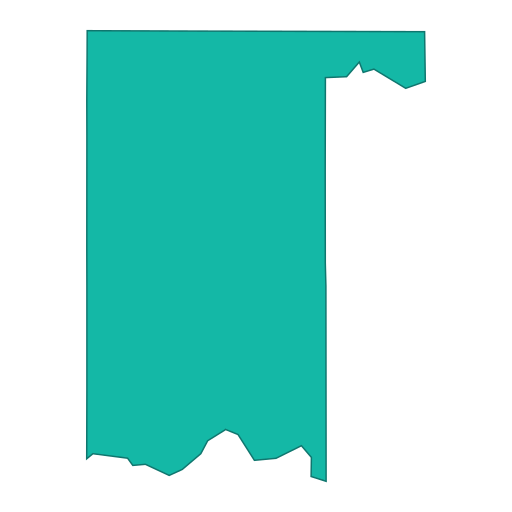 outline of Pottawatomie, Oklahoma, United States of America
{"feature_id": "52423323B34642745342205", "entity_name": "Pottawatomie", "entity_type": "district", "adm_level": 2, "iso_a3": "USA", "parent_name": "United States of America", "parent_adm1": "Oklahoma", "projection": "mercator", "projection_center": [-96.916, 35.182], "detail": "fine", "context": "isolated", "style": "filled", "palette": "teal", "viewbox_px": 512, "rotation_deg": 0, "n_neighbors": 0, "source": "geoboundaries", "source_scale": "gbopen_adm2", "svg_char_len": 578}
<svg xmlns="http://www.w3.org/2000/svg" viewBox="0 0 512 512"><path d="M424.6,31.7L202.4,31.1L87.2,30.7L87.1,54.0L86.8,100.5L86.9,135.5L86.8,248.3L86.9,285.7L86.9,320.5L86.9,389.8L86.7,458.8L92.9,453.7L127.6,458.2L132.8,465.4L145.4,464.3L169.2,475.4L182.3,469.4L200.8,453.7L207.7,440.7L224.9,430.0L225.4,429.4L238.0,434.5L254.4,460.3L276.0,458.3L301.4,445.7L311.4,457.4L311.1,476.5L326.1,481.3L325.9,286.2L325.3,263.1L325.2,170.0L325.4,77.6L346.6,76.7L359.3,62.0L363.2,72.4L373.9,69.1L405.7,88.3L425.3,81.4L424.6,31.7Z" fill="#14b8a6" stroke="#0f766e" stroke-width="1.5"/></svg>